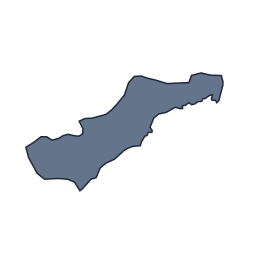 Hwadae, Hamgyŏng-bukto, North Korea (Equal Earth projection), rotated 345°
{"feature_id": "82179303B21594878793257", "entity_name": "Hwadae", "entity_type": "district", "adm_level": 2, "iso_a3": "PRK", "parent_name": "North Korea", "parent_adm1": "Hamgyŏng-bukto", "projection": "equal_earth", "projection_center": [129.512, 40.825], "detail": "fine", "context": "isolated", "style": "filled", "palette": "slate", "viewbox_px": 256, "rotation_deg": 345, "n_neighbors": 0, "source": "geoboundaries", "source_scale": "gbopen_adm2", "svg_char_len": 1194}
<svg xmlns="http://www.w3.org/2000/svg" viewBox="0 0 256 256"><g transform="rotate(345 128 128)"><path d="M82.6,108.8L83.0,110.8L84.3,117.0L82.9,121.7L78.6,123.2L74.3,121.7L68.6,118.6L62.9,118.6L58.6,120.1L51.5,120.1L47.3,115.5L41.6,113.9L34.5,117.0L24.4,120.2L24.3,131.0L27.0,141.8L28.4,148.0L34.0,155.8L41.1,157.3L48.2,158.9L56.7,162.0L62.4,166.6L65.3,176.2L68.6,174.7L79.0,167.9L82.4,167.8L84.5,167.6L90.5,159.7L92.9,158.4L97.8,156.2L107.0,154.6L118.6,148.6L122.8,147.4L128.1,147.0L135.3,148.3L137.2,145.1L142.3,140.1L144.4,140.2L146.6,137.4L149.8,138.4L150.7,137.0L149.5,133.0L154.5,126.3L155.5,125.1L161.2,122.4L168.7,122.8L179.3,120.2L181.8,122.0L182.3,122.4L185.8,123.4L186.1,120.6L189.5,120.9L193.2,119.3L195.5,121.9L199.2,122.0L201.8,120.7L206.0,121.3L208.1,118.9L210.1,119.6L215.4,117.5L218.1,118.0L216.1,121.4L216.4,122.9L219.7,123.9L220.3,126.5L222.8,125.1L230.4,111.7L230.8,111.1L231.7,107.7L231.7,101.5L221.3,98.3L212.8,93.7L202.9,93.7L198.5,99.9L191.4,98.3L177.2,95.2L167.3,89.0L158.8,84.4L154.5,81.3L147.4,79.8L140.3,84.4L133.0,95.3L124.4,101.5L117.2,106.1L110.1,109.2L102.9,109.2L95.8,109.2L88.7,107.7L82.6,108.8Z" fill="#64748b" stroke="#1e293b" stroke-width="1.5"/></g></svg>